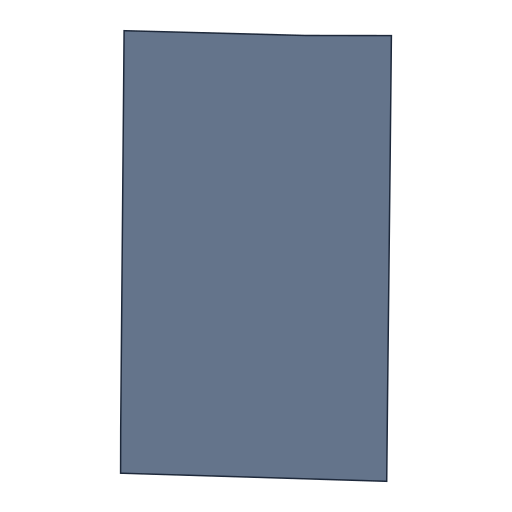 Warren, Illinois, United States of America (Mercator projection)
{"feature_id": "52423323B212950030214", "entity_name": "Warren", "entity_type": "district", "adm_level": 2, "iso_a3": "USA", "parent_name": "United States of America", "parent_adm1": "Illinois", "projection": "mercator", "projection_center": [-90.608, 40.848], "detail": "fine", "context": "isolated", "style": "filled", "palette": "slate", "viewbox_px": 512, "rotation_deg": 0, "n_neighbors": 0, "source": "geoboundaries", "source_scale": "gbopen_adm2", "svg_char_len": 236}
<svg xmlns="http://www.w3.org/2000/svg" viewBox="0 0 512 512"><path d="M124.1,30.7L120.7,429.1L120.6,473.2L386.7,481.3L387.6,392.6L390.2,154.8L391.4,35.6L305.5,35.5L124.1,30.7Z" fill="#64748b" stroke="#1e293b" stroke-width="1.5"/></svg>